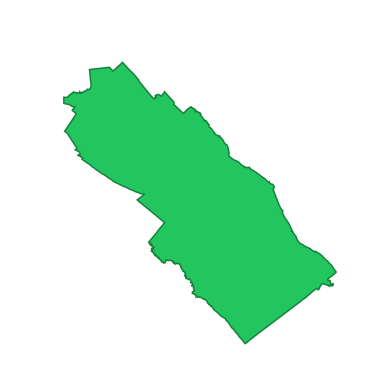 outline of Manastiur, Timis, Romania, rotated 143°
{"feature_id": "2599482B61574794273551", "entity_name": "Manastiur", "entity_type": "district", "adm_level": 2, "iso_a3": "ROU", "parent_name": "Romania", "parent_adm1": "Timis", "projection": "mercator", "projection_center": [22.048, 45.863], "detail": "fine", "context": "isolated", "style": "filled", "palette": "green", "viewbox_px": 384, "rotation_deg": 143, "n_neighbors": 0, "source": "geoboundaries", "source_scale": "gbopen_adm2", "svg_char_len": 6039}
<svg xmlns="http://www.w3.org/2000/svg" viewBox="0 0 384 384"><g transform="rotate(143 192 192)"><path d="M237.4,344.8L241.0,339.9L239.8,338.3L238.2,336.7L237.3,335.5L236.2,332.4L234.4,330.5L238.5,329.3L237.6,325.5L237.5,324.4L237.8,323.9L257.2,317.1L256.3,314.4L257.3,300.1L257.3,297.8L257.2,297.0L257.4,296.6L258.0,296.4L259.0,295.7L259.7,296.1L259.9,296.0L259.0,294.3L257.8,291.4L258.2,290.9L258.6,289.4L258.9,289.2L259.7,289.5L260.5,290.2L261.0,290.1L260.9,289.4L259.8,288.5L260.1,288.3L258.8,284.8L260.2,284.3L257.4,276.3L256.4,272.0L255.5,269.4L255.2,267.6L253.7,263.6L252.7,260.3L251.9,258.8L250.9,256.0L250.2,253.0L249.2,251.0L248.6,248.6L247.8,246.5L243.1,237.4L241.5,235.0L240.3,232.2L239.1,230.1L238.1,228.7L237.6,227.3L234.8,223.1L233.8,221.2L232.2,220.1L231.6,219.1L231.7,218.8L240.5,218.7L240.3,217.1L235.2,196.5L232.4,184.0L240.3,182.1L244.1,181.0L256.3,178.1L256.1,177.9L256.2,177.4L257.0,177.0L256.9,175.9L257.3,174.8L257.0,174.6L255.8,175.3L255.9,174.5L255.7,173.9L256.5,173.2L256.7,172.5L256.5,172.0L255.5,171.2L255.4,170.8L256.2,170.5L257.0,170.6L257.0,170.1L257.7,170.0L258.0,171.0L258.3,171.2L258.6,170.9L258.8,170.0L260.0,169.2L259.6,168.8L258.8,168.9L259.8,167.9L259.7,167.6L259.4,167.5L259.3,167.2L258.8,166.9L259.0,166.7L259.3,167.0L259.4,166.7L259.6,165.1L259.1,164.6L259.6,164.4L260.0,163.8L259.0,163.2L259.4,162.5L258.5,161.6L259.0,160.2L258.5,159.8L258.6,159.4L258.0,159.2L257.9,158.9L258.4,158.1L258.1,157.3L258.3,156.9L257.7,156.0L258.2,155.4L258.0,154.7L258.2,154.0L257.4,153.3L257.5,152.4L256.1,151.7L255.4,152.5L254.3,153.2L253.6,152.4L252.7,152.5L252.3,151.6L250.3,150.4L249.9,150.0L249.7,148.9L249.1,148.8L249.0,148.4L249.4,147.2L249.0,147.1L248.8,146.8L249.4,146.5L249.5,145.9L249.4,145.7L249.0,145.6L248.9,144.7L248.6,144.4L247.9,144.8L247.4,144.4L246.9,143.6L246.1,143.3L245.9,142.6L245.1,141.7L245.7,140.2L245.7,139.5L245.5,139.1L246.1,138.8L245.9,137.8L246.5,137.6L246.5,137.4L246.5,137.2L246.5,136.4L246.1,135.1L247.0,134.0L246.2,133.0L246.3,132.4L246.1,131.2L247.2,130.4L247.4,130.2L247.2,129.3L248.3,129.1L248.2,128.8L247.6,128.6L247.4,127.9L247.7,127.6L248.4,127.5L248.9,126.5L248.0,126.0L247.5,124.4L246.7,123.9L246.3,123.3L246.6,122.3L246.6,121.1L247.7,120.4L247.7,120.2L246.9,119.9L246.5,119.4L246.5,119.0L247.0,118.4L246.8,117.3L247.4,117.0L248.2,117.6L248.7,117.4L248.7,117.2L248.1,116.6L247.8,115.2L247.8,114.8L248.4,114.7L248.6,114.0L249.3,113.4L249.3,113.1L249.0,112.5L249.1,112.1L250.4,111.5L251.3,112.0L251.9,112.0L252.1,111.7L252.2,111.0L252.7,110.7L251.9,109.7L251.4,108.1L251.3,107.1L251.1,106.5L251.7,105.9L250.9,106.0L251.0,104.9L250.9,104.7L249.7,103.7L249.0,103.5L247.3,100.1L247.2,99.2L246.1,98.1L245.8,97.2L245.7,96.2L246.3,94.4L246.0,92.7L246.2,92.3L245.9,91.9L245.7,90.7L245.8,89.6L245.0,89.3L245.3,86.4L245.2,84.0L244.1,80.1L243.5,75.5L242.8,73.4L241.9,71.9L241.7,71.1L241.9,69.7L241.8,67.4L241.5,65.8L242.0,59.8L241.6,57.9L241.4,54.9L241.6,52.7L241.1,50.5L241.4,48.3L240.8,41.9L241.0,40.4L240.9,39.1L240.7,38.8L238.3,38.8L233.3,39.2L232.6,38.9L230.4,39.2L170.2,39.3L168.8,39.5L163.4,39.2L162.8,39.6L162.0,39.7L159.6,39.5L156.7,40.0L153.1,40.0L150.4,39.9L150.0,37.9L149.9,37.8L148.5,38.2L148.1,38.4L147.9,39.0L143.0,40.5L142.5,40.1L141.5,38.1L140.5,37.2L138.7,33.4L138.7,34.7L136.3,32.5L135.9,32.5L134.7,33.2L134.5,33.5L134.8,34.1L135.2,34.1L135.8,33.5L136.9,34.6L136.1,35.8L135.8,36.8L135.2,37.8L135.4,38.6L136.7,39.8L136.6,40.2L135.7,40.7L134.9,40.8L128.4,40.9L125.5,41.1L125.0,41.5L125.0,45.0L124.7,50.0L125.3,52.7L125.3,55.3L126.0,57.5L126.0,58.7L126.3,59.8L126.4,62.1L127.3,65.9L129.2,70.5L129.9,70.4L131.3,73.3L131.6,75.3L132.6,77.3L133.7,79.0L135.4,83.6L136.7,86.1L136.8,90.1L136.2,92.7L135.8,93.4L135.7,98.2L135.3,99.8L136.2,100.7L135.9,101.0L135.4,101.0L135.1,101.3L134.1,106.6L133.6,109.2L133.3,116.1L132.6,119.4L132.5,120.9L130.8,122.2L131.1,125.2L129.7,131.5L128.6,134.8L128.4,136.1L126.7,141.4L126.4,143.1L125.9,143.9L126.1,144.6L125.0,145.4L123.5,146.2L123.0,147.4L123.0,148.3L123.1,149.8L124.2,151.1L124.5,152.0L124.6,152.9L124.3,153.3L124.8,153.2L125.1,153.5L125.8,158.4L126.7,161.5L127.1,162.2L127.8,165.4L128.3,166.5L128.9,168.8L130.9,173.9L131.4,175.8L131.4,177.0L131.7,176.9L132.5,178.1L133.8,178.6L134.4,179.3L134.6,180.5L135.3,180.9L135.5,182.2L136.1,183.4L136.4,185.8L137.0,188.4L138.2,191.0L139.2,192.0L139.5,193.6L140.0,194.5L140.5,197.3L141.0,198.6L138.6,201.2L137.6,203.7L137.0,204.2L136.0,207.6L135.9,208.7L136.5,209.9L136.3,211.0L136.6,211.8L136.5,212.6L136.3,213.4L136.0,213.8L136.3,214.9L135.9,215.6L136.3,216.6L136.2,217.7L136.1,217.9L136.3,218.2L136.5,219.0L137.0,219.7L136.8,219.9L136.5,219.7L136.3,220.0L136.5,220.2L136.5,220.7L137.2,221.0L138.0,222.6L138.6,223.5L138.5,224.8L138.7,225.3L138.3,225.7L138.5,226.6L138.4,227.6L138.7,228.9L138.3,230.9L138.8,232.6L139.3,233.2L139.1,234.1L137.9,235.4L138.2,235.7L138.1,236.9L138.3,237.3L137.9,237.8L138.0,238.9L137.9,240.5L138.5,241.3L139.4,241.3L138.8,242.3L139.0,244.0L138.7,245.8L139.2,248.0L138.9,248.3L138.1,248.7L138.2,249.2L138.0,250.2L138.4,250.4L138.2,250.9L138.9,251.7L139.2,253.1L140.4,253.5L140.7,254.3L140.6,254.8L139.8,254.9L140.0,255.8L140.5,256.3L140.1,256.9L140.5,257.7L141.1,258.1L141.0,258.9L141.4,259.7L141.5,260.6L145.3,260.9L151.7,259.9L153.8,273.0L153.0,273.5L152.3,274.9L153.7,288.7L154.7,287.7L156.5,287.9L158.2,286.9L158.9,287.2L159.5,289.0L160.4,290.4L161.0,290.7L161.7,290.7L163.3,291.2L163.7,290.5L163.6,289.5L164.2,288.9L164.4,289.1L164.3,289.6L166.6,289.4L167.3,300.6L167.6,313.6L167.2,313.8L167.6,322.0L168.4,326.3L169.5,337.3L182.4,336.1L182.8,341.2L200.2,351.5L201.3,349.4L206.1,341.9L206.7,340.6L209.0,337.0L209.8,336.5L211.9,335.8L212.7,335.8L213.0,336.1L213.3,336.9L214.8,337.0L215.9,336.4L216.6,336.5L217.4,337.4L218.1,337.0L219.6,337.5L220.2,337.3L220.5,337.5L220.4,338.2L221.1,338.4L221.4,337.8L221.9,338.4L221.5,339.5L222.5,339.0L223.2,339.2L223.5,340.1L224.0,340.1L224.8,340.8L225.3,342.0L226.6,343.1L227.5,342.5L227.7,343.2L229.4,342.9L230.2,343.3L234.9,342.6L236.0,343.8L237.4,344.8Z" fill="#22c55e" stroke="#15803d" stroke-width="1.5"/></g></svg>